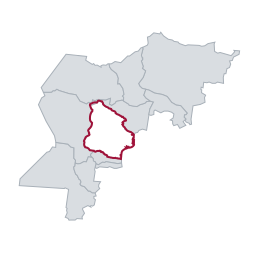 Nigeria highlighted among its neighbors, rotated 278°
{"feature_id": "NGA", "entity_name": "Nigeria", "entity_type": "country or territory", "adm_level": 0, "iso_a3": "NGA", "parent_name": "Africa", "parent_adm1": "", "projection": "robinson", "projection_center": [7.751, 9.075], "detail": "fine", "context": "with_neighbors", "style": "outline", "palette": "rose", "viewbox_px": 256, "rotation_deg": 278, "n_neighbors": 10, "source": "natural_earth", "source_scale": "50m", "svg_char_len": 9837}
<svg xmlns="http://www.w3.org/2000/svg" viewBox="0 0 256 256"><g transform="rotate(278 128 128)"><path d="M218.7,175.8L219.7,186.9L219.2,189.6L220.1,192.6L222.7,195.5L225.1,202.1L223.3,201.6L215.9,203.1L214.6,206.4L215.6,208.7L214.0,220.1L218.4,223.1L219.6,222.1L219.9,227.8L216.4,227.7L212.9,222.6L209.4,221.9L208.5,219.2L205.6,220.8L202.0,220.1L200.5,217.7L195.4,217.4L195.2,215.7L191.5,215.3L185.5,216.4L185.9,210.2L184.4,208.3L184.0,205.1L184.8,201.9L183.8,199.9L183.8,196.6L178.2,196.7L178.6,194.8L176.3,194.8L176.0,195.7L173.2,195.9L171.3,200.3L168.8,199.5L164.2,200.7L161.4,196.3L159.0,189.3L145.4,189.2L140.6,190.4L139.9,188.8L141.1,188.2L142.0,184.6L143.7,183.5L144.9,184.1L146.5,182.1L149.0,182.1L149.3,183.6L151.0,184.5L157.5,177.0L157.4,172.7L159.4,167.7L164.6,162.5L165.1,160.8L166.0,157.1L166.3,149.5L168.5,143.4L169.2,136.6L171.0,134.0L173.5,132.3L180.2,136.0L187.0,137.5L189.0,134.0L191.1,134.5L196.2,131.9L198.0,133.0L199.5,132.9L200.2,131.6L201.9,131.1L208.3,131.8L209.9,131.3L212.7,135.6L214.7,136.2L220.7,134.6L221.8,136.8L225.8,140.3L225.6,146.4L227.4,147.1L224.2,150.3L221.5,155.5L221.3,159.6L220.2,161.6L220.1,165.6L218.8,167.0L217.5,173.4L218.7,175.8Z" fill="#d9dde1" stroke="#a8b0b8" stroke-width="1"/><path d="M192.4,56.4L193.1,77.1L189.2,76.7L186.0,83.8L187.0,85.0L185.5,86.6L186.0,88.8L184.4,92.9L186.0,92.6L187.0,94.6L187.1,97.6L188.8,99.2L188.8,100.4L185.9,101.3L183.6,103.4L180.3,109.1L176.0,111.5L170.3,111.7L170.8,113.5L166.5,117.4L160.7,119.4L158.8,118.1L157.9,119.4L154.1,119.8L154.8,118.4L152.7,112.7L150.7,111.8L148.0,108.7L149.0,106.3L154.9,106.5L152.4,101.7L152.2,94.8L150.4,91.5L150.8,89.0L147.9,88.9L147.9,85.5L146.0,83.6L147.9,76.7L153.7,71.8L153.8,65.0L155.5,54.4L156.4,52.2L154.5,50.4L154.4,48.7L152.7,47.4L151.5,39.3L156.0,36.4L192.4,56.4Z" fill="#d9dde1" stroke="#a8b0b8" stroke-width="1"/><path d="M31.6,95.5L31.2,90.0L29.5,88.5L28.6,82.3L30.1,81.3L30.9,78.3L35.5,79.6L38.1,78.6L39.9,78.9L40.6,77.7L58.9,77.7L60.0,74.0L59.2,73.4L55.8,28.3L62.7,28.2L92.7,51.0L93.8,53.5L98.7,55.8L98.7,59.1L103.7,58.6L103.7,70.6L101.2,74.1L100.8,77.3L90.5,78.6L88.8,80.5L82.9,80.7L81.8,79.7L79.3,80.4L75.0,82.6L74.1,84.2L70.5,86.6L69.9,87.9L68.0,89.0L65.8,88.3L64.5,89.5L63.8,93.1L60.1,97.4L60.2,99.2L58.9,101.4L59.2,104.5L56.2,105.9L55.5,103.7L53.4,104.1L52.5,105.7L47.1,105.3L45.7,103.8L46.0,102.2L45.4,101.6L44.5,102.2L45.6,99.1L42.3,94.3L41.3,94.2L37.5,96.8L33.5,94.8L31.6,95.5Z" fill="#d9dde1" stroke="#a8b0b8" stroke-width="1"/><path d="M96.2,125.9L92.4,126.5L91.3,122.9L91.6,110.9L90.7,109.9L90.5,107.3L87.5,103.9L88.1,101.2L89.7,100.6L90.6,98.3L92.9,97.8L95.4,94.7L97.1,94.7L100.6,97.7L100.4,99.5L101.4,102.6L100.5,104.7L101.0,106.1L97.3,110.9L96.4,114.2L96.2,125.9Z" fill="#d9dde1" stroke="#a8b0b8" stroke-width="1"/><path d="M151.5,39.3L152.7,47.4L154.4,48.7L154.5,50.4L156.4,52.2L155.5,54.4L153.8,65.0L153.7,71.8L147.9,76.7L146.0,83.6L147.9,85.5L147.9,88.9L150.8,89.0L150.4,91.5L149.1,91.8L149.0,93.4L148.1,93.5L145.0,87.8L143.9,87.6L140.3,90.5L134.3,88.7L133.0,89.4L130.3,89.3L127.6,91.5L125.3,91.6L119.8,88.9L117.6,90.2L115.3,90.1L113.6,88.2L109.0,86.2L104.1,86.8L102.9,88.0L102.2,91.0L100.9,93.1L100.6,97.7L97.1,94.7L95.4,94.7L93.9,96.3L94.0,92.7L88.7,91.5L88.6,89.0L86.1,85.6L85.5,83.2L85.9,80.7L88.8,80.5L90.5,78.6L100.8,77.3L101.2,74.1L103.7,70.6L103.7,58.6L110.1,56.3L123.2,46.0L138.6,36.1L145.8,38.3L148.3,41.2L151.5,39.3Z" fill="#d9dde1" stroke="#a8b0b8" stroke-width="1"/><path d="M150.4,91.5L152.2,94.8L152.4,101.7L154.9,106.5L149.0,106.3L148.0,108.7L150.7,111.8L152.7,112.7L154.8,118.4L151.8,125.1L150.7,126.1L150.5,133.9L152.7,136.6L154.8,141.2L156.9,142.8L157.6,146.7L157.3,149.6L149.9,147.0L128.3,146.7L128.9,142.5L127.1,139.1L125.0,138.2L124.1,135.9L122.9,135.1L124.2,130.0L126.3,124.9L127.7,124.9L130.4,121.8L132.1,121.8L134.7,123.9L137.9,122.1L140.0,115.2L142.5,113.1L146.2,102.2L150.1,98.2L150.8,95.5L149.0,93.4L149.1,91.8L150.4,91.5Z" fill="#d9dde1" stroke="#a8b0b8" stroke-width="1"/><path d="M88.1,101.2L87.5,103.9L90.5,107.3L90.7,109.9L91.6,110.9L91.3,122.9L92.4,126.5L88.7,127.6L86.5,122.5L86.1,119.9L87.2,115.2L86.0,113.3L85.6,105.4L83.7,102.7L84.1,101.1L88.1,101.2Z" fill="#d9dde1" stroke="#a8b0b8" stroke-width="1"/><path d="M59.2,104.5L58.9,101.4L60.2,99.2L60.1,97.4L63.8,93.1L64.5,89.5L65.8,88.3L68.0,89.0L69.9,87.9L70.5,86.6L74.1,84.2L75.0,82.6L79.3,80.4L81.8,79.7L82.9,80.7L85.9,80.7L85.5,83.2L86.1,85.6L88.6,89.0L88.7,91.5L94.0,92.7L93.9,96.3L92.9,97.8L90.6,98.3L89.7,100.6L88.1,101.2L82.0,100.7L80.5,101.5L70.5,101.4L71.0,108.3L67.8,106.9L65.7,107.1L64.1,108.4L59.2,104.5Z" fill="#d9dde1" stroke="#a8b0b8" stroke-width="1"/><path d="M209.9,131.3L208.3,131.8L201.9,131.1L198.0,133.0L196.2,131.9L191.1,134.5L189.0,134.0L187.0,137.5L180.2,136.0L173.5,132.3L171.0,134.0L169.2,136.6L168.8,140.3L162.7,139.1L160.0,141.9L157.6,146.7L156.9,142.8L154.8,141.2L152.7,136.6L150.5,133.9L150.4,130.1L150.7,126.1L151.8,125.1L154.1,119.8L157.9,119.4L158.8,118.1L160.7,119.4L166.5,117.4L170.8,113.5L170.3,111.7L176.0,111.5L180.3,109.1L183.6,103.4L185.9,101.3L188.8,100.4L189.3,102.7L192.0,105.9L191.7,111.8L199.3,117.7L199.4,119.4L204.4,124.4L205.6,127.5L209.1,129.6L209.9,131.3Z" fill="#d9dde1" stroke="#a8b0b8" stroke-width="1"/><path d="M168.8,140.3L168.5,143.4L166.3,149.5L166.0,157.1L165.1,160.8L164.6,162.5L159.4,167.7L157.4,172.7L157.5,177.0L151.0,184.5L149.3,183.6L149.0,182.1L146.5,182.1L144.9,184.1L141.9,181.7L138.7,184.9L134.9,179.3L138.4,176.5L136.7,173.0L138.3,171.7L141.4,171.1L141.8,168.7L144.2,171.3L148.3,171.5L149.7,169.0L150.3,165.5L149.8,161.5L147.6,158.4L149.6,152.3L148.4,151.3L145.0,151.7L143.7,149.0L144.1,146.7L149.9,147.0L157.3,149.6L157.6,146.7L160.0,141.9L162.7,139.1L168.8,140.3Z" fill="#d9dde1" stroke="#a8b0b8" stroke-width="1"/><path d="M146.3,87.1L147.0,88.2L147.8,89.4L148.4,90.3L148.9,92.7L148.9,93.2L148.9,93.4L149.0,93.6L149.0,93.9L149.4,94.1L150.0,94.2L150.5,94.4L150.8,94.8L151.0,95.2L151.0,95.4L151.0,96.0L150.9,96.8L150.7,97.4L150.8,98.1L150.8,98.4L150.7,98.6L150.4,98.8L150.0,99.1L149.1,99.8L148.8,99.9L148.4,99.9L148.1,100.1L147.7,100.4L146.8,101.8L146.1,103.2L145.8,104.4L145.5,105.5L144.8,106.2L144.8,106.6L144.7,106.8L144.7,107.4L144.6,108.2L144.5,108.7L144.4,108.8L143.7,109.1L143.3,109.4L143.1,110.0L143.0,110.7L142.8,111.5L142.7,112.2L142.6,112.6L142.4,112.9L142.0,113.3L141.7,113.6L140.9,113.7L140.5,114.6L140.1,115.4L140.1,115.6L139.8,117.1L139.2,118.2L139.1,118.6L139.1,119.0L138.4,120.0L138.2,120.2L138.0,120.6L138.2,121.0L138.4,121.3L138.1,121.7L137.5,122.3L137.1,122.6L137.1,122.8L137.0,123.6L136.9,123.8L136.7,124.1L136.3,124.5L136.0,124.7L135.6,124.9L135.2,125.0L135.0,124.9L134.8,124.6L134.6,123.6L134.5,123.4L134.3,123.2L133.8,122.7L133.3,122.1L132.6,121.7L132.4,121.8L132.2,122.4L132.1,122.6L131.8,122.7L131.2,122.7L130.8,122.6L130.7,122.5L130.6,122.3L130.5,122.1L130.0,122.5L129.3,123.1L129.0,123.2L128.9,123.3L128.6,123.9L128.3,124.5L127.9,124.8L127.5,125.1L127.3,125.3L127.0,125.6L126.4,126.3L125.5,127.2L125.3,127.7L125.0,128.4L124.8,129.2L124.6,130.1L124.4,131.5L124.0,132.2L123.6,132.9L123.4,133.4L123.2,133.8L123.2,133.7L123.0,133.9L122.7,133.8L122.5,133.5L122.2,133.4L121.8,132.9L121.7,133.0L122.2,134.3L122.0,134.8L120.8,134.8L119.8,135.0L119.0,135.0L118.7,134.8L118.5,134.3L118.4,134.3L118.4,134.6L118.2,134.8L117.4,134.8L117.0,134.5L116.7,134.1L116.4,134.0L116.5,134.1L116.8,134.5L116.8,135.0L116.1,135.6L115.7,135.7L115.5,135.4L115.3,135.0L115.3,134.3L115.1,133.9L115.1,134.3L115.1,134.6L115.1,135.3L115.4,135.8L114.9,135.9L114.4,135.9L114.3,135.7L114.2,135.3L114.1,135.2L114.0,135.9L113.8,136.0L113.6,136.0L112.8,136.1L112.7,136.1L112.7,135.8L112.7,135.4L112.4,135.7L112.4,136.2L112.3,136.3L111.8,136.2L111.3,135.9L111.0,135.7L110.5,135.3L109.6,134.3L109.4,133.9L109.1,133.3L108.9,132.8L108.6,131.8L108.7,131.7L108.9,131.8L109.0,131.7L108.6,131.6L108.5,131.1L108.6,130.7L108.9,130.6L109.2,130.5L109.3,130.3L109.4,130.0L108.6,130.4L107.9,130.0L107.8,129.7L108.2,129.5L108.7,129.5L109.0,129.3L108.8,129.2L108.5,129.2L108.4,129.1L108.4,128.8L108.1,129.1L107.7,129.3L107.4,129.1L107.4,128.7L107.1,128.3L106.2,127.1L105.2,126.1L104.3,125.4L102.8,125.1L99.9,125.1L99.7,125.0L99.9,124.9L100.2,124.8L101.1,124.2L100.0,124.5L99.6,124.5L99.2,125.2L96.6,125.3L96.3,125.3L96.3,125.0L96.5,124.2L96.5,123.8L96.6,123.5L96.5,123.2L96.4,122.8L96.4,122.1L96.5,121.9L96.6,121.7L96.5,121.3L96.5,120.0L96.6,119.8L96.7,119.7L96.5,119.2L96.4,118.8L96.4,118.3L96.3,117.7L96.2,117.5L96.3,116.6L96.4,115.4L96.3,114.9L96.4,114.5L96.5,113.6L96.5,112.7L96.7,111.4L97.2,111.3L97.9,111.2L98.2,110.6L98.4,109.9L98.3,109.2L98.5,109.0L98.7,108.7L99.2,108.1L99.2,107.5L99.3,107.4L99.6,107.2L99.9,107.2L100.3,106.9L100.5,106.4L100.7,105.5L100.4,105.0L100.4,104.9L100.5,104.6L100.7,104.3L100.8,104.2L101.2,104.2L101.3,104.2L101.6,103.2L101.2,102.4L101.2,101.9L101.1,101.3L101.0,100.8L100.9,100.5L100.8,100.4L100.7,100.2L100.0,99.1L100.0,98.6L100.3,97.9L100.5,97.5L100.8,97.3L100.8,97.2L100.7,97.0L100.6,96.8L100.6,96.5L100.6,96.3L100.7,96.1L100.7,95.6L100.7,94.9L100.7,93.8L100.7,93.2L101.3,92.7L102.1,91.9L102.5,91.1L102.8,90.4L103.0,88.3L103.2,88.2L103.5,88.1L104.3,87.3L104.9,87.1L105.4,86.9L106.1,86.8L106.6,86.8L107.4,86.9L108.1,86.8L108.6,86.4L108.8,86.2L109.2,86.2L110.8,86.7L112.4,87.3L112.6,87.2L112.9,87.3L113.3,87.6L113.9,88.2L114.2,88.6L114.4,88.8L115.2,90.2L115.5,90.5L115.8,90.7L116.1,90.8L116.3,90.7L116.6,90.6L116.9,90.3L117.3,90.1L117.7,90.2L119.7,89.0L119.9,88.9L120.5,89.0L121.1,89.2L122.7,90.4L124.1,91.2L125.0,91.5L126.2,91.7L128.1,91.7L129.5,90.0L130.0,89.7L130.7,89.3L130.9,89.3L132.0,89.0L134.2,88.8L136.3,88.9L136.7,89.0L137.5,89.2L138.9,89.7L139.5,90.3L140.4,90.3L141.1,90.2L141.3,89.7L141.9,89.0L142.4,88.7L142.9,88.4L143.7,87.9L144.4,87.7L145.0,87.2L145.5,87.1L146.3,87.1ZM117.4,135.5L117.0,135.7L116.7,135.6L117.1,134.9L117.3,135.1L117.6,135.2L117.4,135.5Z" fill="none" stroke="#9f1239" stroke-width="2"/></g></svg>